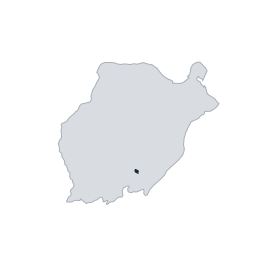 Turburea, Gorj, Romania shown in context, rotated 307°
{"feature_id": "2599482B10201715191375", "entity_name": "Turburea", "entity_type": "district", "adm_level": 2, "iso_a3": "ROU", "parent_name": "Romania", "parent_adm1": "Gorj", "projection": "equal_earth", "projection_center": [23.554, 44.693], "detail": "fine", "context": "in_parent", "style": "filled", "palette": "slate", "viewbox_px": 256, "rotation_deg": 307, "n_neighbors": 0, "source": "geoboundaries", "source_scale": "gbopen_adm2", "svg_char_len": 4001}
<svg xmlns="http://www.w3.org/2000/svg" viewBox="0 0 256 256"><g transform="rotate(307 128 128)"><path d="M193.4,140.8L195.6,143.5L198.4,145.0L204.7,146.5L205.3,146.3L205.3,146.0L204.9,145.6L204.8,145.1L205.1,144.5L205.9,144.5L207.4,145.0L210.0,144.2L214.0,142.0L217.6,141.6L221.0,142.9L222.7,144.4L223.9,145.8L223.6,147.6L223.4,148.7L222.7,153.2L222.1,154.9L221.2,156.8L210.9,159.1L211.6,158.0L211.3,156.1L210.8,154.6L211.7,153.3L209.4,152.8L208.4,153.6L207.6,154.8L208.4,157.7L207.3,159.3L206.9,160.1L206.9,162.2L206.3,163.2L206.1,164.1L207.8,163.9L207.1,165.7L204.1,169.2L203.0,171.3L203.5,179.6L202.3,184.6L202.2,186.0L198.9,186.1L197.9,186.0L194.7,185.2L191.2,183.9L189.0,181.3L187.7,179.5L184.7,180.3L184.1,180.1L183.3,179.2L181.0,178.6L178.3,178.6L172.0,175.3L171.3,174.7L166.4,175.3L159.1,176.9L153.5,179.0L147.8,182.6L145.4,185.4L142.7,186.9L138.9,188.0L131.9,187.5L124.7,186.1L116.9,184.6L112.8,185.5L107.1,184.9L98.6,183.1L92.2,182.5L85.9,183.6L84.9,182.8L84.7,181.9L84.9,180.6L85.8,179.5L87.3,178.7L88.1,177.9L88.2,177.1L86.5,175.8L83.0,174.0L81.6,172.8L81.3,172.6L81.2,171.5L80.4,170.7L79.1,170.2L78.1,169.1L77.3,167.6L77.5,166.1L78.6,164.8L79.9,164.2L81.6,164.4L82.2,164.0L82.0,163.1L80.4,161.9L77.4,160.4L74.4,161.2L71.4,164.3L69.2,164.8L67.8,162.7L65.4,161.5L62.0,161.1L59.9,160.3L59.1,159.1L57.6,158.2L54.3,157.2L54.3,156.3L54.8,156.1L56.0,156.0L57.6,155.8L57.8,155.3L57.8,154.8L56.6,154.2L55.3,153.8L54.7,153.3L54.3,152.9L54.2,152.4L54.6,152.1L55.1,152.1L55.6,151.8L55.9,150.7L56.6,149.8L57.1,149.4L57.0,148.8L56.5,148.1L55.9,147.6L54.8,147.2L51.7,146.3L50.1,145.0L49.2,144.9L47.6,144.2L46.0,143.0L44.6,141.4L43.0,140.3L42.6,139.9L42.6,139.5L42.9,139.0L42.9,138.5L42.5,136.9L42.8,135.2L42.8,133.7L42.7,132.9L42.4,132.7L42.2,133.0L41.8,133.3L41.4,133.3L40.3,132.2L38.9,129.8L37.9,129.0L36.0,128.0L34.4,127.0L33.3,125.1L32.1,123.6L32.9,122.9L37.5,122.1L39.6,122.9L40.6,122.6L41.6,121.9L42.1,121.3L42.2,120.7L42.7,120.0L44.2,119.6L48.3,120.1L50.0,119.0L50.6,118.5L51.0,117.2L51.4,116.2L52.9,115.7L52.9,114.7L52.7,113.7L53.5,111.5L54.1,110.6L54.9,110.3L55.9,109.6L57.6,108.1L57.3,106.8L57.6,105.9L59.4,103.6L60.8,101.4L60.8,100.3L61.0,99.3L62.3,98.3L63.6,96.9L65.3,92.6L65.9,91.9L67.0,91.1L67.8,90.2L67.9,87.4L68.7,86.6L70.2,85.7L71.7,84.3L72.9,82.5L73.8,81.7L75.0,81.5L76.3,80.8L77.8,80.6L79.2,80.9L80.1,80.7L81.5,79.9L85.0,76.7L85.5,76.1L86.2,75.7L89.0,74.6L89.8,73.5L90.7,72.5L92.0,72.6L96.1,75.0L100.5,74.9L101.3,75.0L101.5,75.0L102.0,75.2L107.9,76.4L108.8,76.3L109.0,76.2L111.4,77.2L113.5,77.0L115.4,76.3L117.5,76.1L119.4,76.5L120.8,77.9L124.6,80.9L125.7,82.0L127.4,81.8L129.3,81.3L131.1,79.3L137.0,77.0L141.5,76.5L145.8,75.6L150.9,75.0L152.3,73.1L153.1,71.9L153.6,69.6L156.3,68.9L158.9,68.4L159.8,68.1L161.7,68.0L163.1,68.2L165.4,69.4L167.0,70.8L167.7,71.9L169.1,73.5L170.6,75.8L172.2,78.8L172.6,80.3L173.2,82.0L174.4,84.0L176.7,86.2L177.0,86.6L178.1,88.2L180.1,91.7L181.8,93.1L183.3,94.6L184.0,96.1L185.1,97.5L187.5,99.3L189.5,101.0L191.2,105.8L192.4,108.0L193.1,109.7L192.9,113.2L193.4,114.7L192.5,117.3L191.1,122.8L190.8,127.1L191.1,129.5L191.2,131.0L191.6,131.9L192.1,133.9L192.2,135.6L191.6,136.1L190.8,136.5L190.5,136.9L191.3,137.7L192.4,139.1L193.4,140.8Z" fill="#d9dde1" stroke="#a8b0b8" stroke-width="1"/><path d="M99.8,161.3L99.8,161.2L99.7,161.1L99.5,161.3L99.4,161.3L99.3,161.2L99.2,161.2L99.1,160.9L99.1,160.7L99.2,160.4L99.1,160.2L99.1,159.9L99.2,159.7L99.3,159.6L99.4,159.4L99.3,159.2L99.2,159.1L98.9,159.2L98.9,159.3L98.7,159.4L98.4,159.4L98.2,159.4L98.1,159.5L98.0,159.8L98.0,160.0L97.9,160.0L97.9,160.3L97.7,160.4L97.7,160.5L97.8,160.5L97.8,160.8L98.0,160.8L98.0,161.0L97.9,161.0L98.0,161.2L98.0,161.3L97.9,161.3L98.0,161.5L97.9,161.6L97.9,161.8L98.0,161.8L97.9,161.9L97.9,162.0L97.8,162.3L98.1,162.4L98.1,162.5L98.2,162.4L98.2,162.5L98.2,162.4L98.2,162.5L98.2,162.4L98.3,162.4L98.6,162.3L98.8,162.3L99.0,162.4L99.3,162.3L99.3,162.2L99.4,161.9L99.4,161.7L99.5,161.6L99.6,161.4L99.8,161.3L99.8,161.3Z" fill="#64748b" stroke="#1e293b" stroke-width="1.5"/></g></svg>